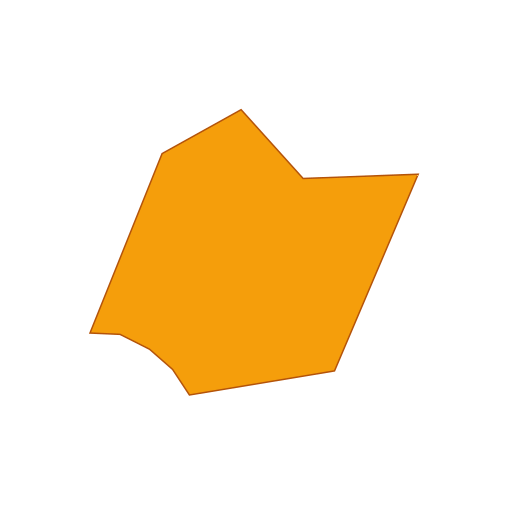 the Independent Component City of Ormoc, rotated 51°
{"feature_id": "PHL-5534", "entity_name": "Ormoc", "entity_type": "Independent Component City", "adm_level": 1, "iso_a3": "PHL", "parent_name": "Philippines", "parent_adm1": "", "projection": "equal_earth", "projection_center": [124.578, 11.07], "detail": "fine", "context": "isolated", "style": "filled", "palette": "amber", "viewbox_px": 512, "rotation_deg": 51, "n_neighbors": 0, "source": "natural_earth", "source_scale": "10m", "svg_char_len": 301}
<svg xmlns="http://www.w3.org/2000/svg" viewBox="0 0 512 512"><g transform="rotate(51 256 256)"><path d="M322.1,395.2L291.7,392.2L261.5,397.4L231.3,411.0L211.4,433.5L117.3,264.5L132.9,175.5L225.4,170.6L294.5,78.5L394.7,267.3L322.1,395.2Z" fill="#f59e0b" stroke="#b45309" stroke-width="1.5"/></g></svg>